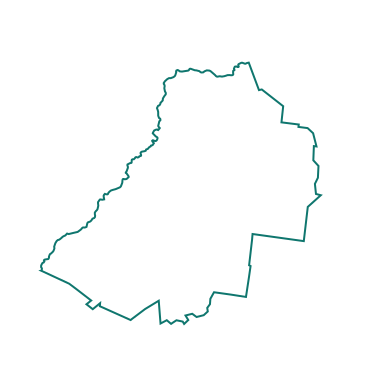 the district of Grafton, New Hampshire, United States of America, rotated 16°
{"feature_id": "52423323B26223057606715", "entity_name": "Grafton", "entity_type": "district", "adm_level": 2, "iso_a3": "USA", "parent_name": "United States of America", "parent_adm1": "New Hampshire", "projection": "natural_earth1", "projection_center": [-72.019, 43.968], "detail": "fine", "context": "isolated", "style": "outline", "palette": "teal", "viewbox_px": 384, "rotation_deg": 16, "n_neighbors": 0, "source": "geoboundaries", "source_scale": "gbopen_adm2", "svg_char_len": 4062}
<svg xmlns="http://www.w3.org/2000/svg" viewBox="0 0 384 384"><g transform="rotate(16 192 192)"><path d="M210.9,52.0L210.3,52.3L209.1,53.0L208.5,53.6L207.7,54.1L204.6,53.9L203.8,54.2L201.7,56.1L201.4,56.6L201.4,57.1L202.3,58.5L202.2,59.0L201.4,59.3L200.0,59.1L199.0,59.5L198.6,59.8L198.3,61.8L198.4,62.1L199.1,62.8L199.2,63.1L199.0,63.4L198.4,63.9L198.2,64.3L198.5,65.6L199.1,67.2L199.2,67.6L199.0,68.2L198.7,68.5L197.5,69.0L195.7,69.3L193.9,69.9L192.8,70.7L191.1,71.8L189.0,72.8L186.7,73.1L184.7,74.1L184.0,74.2L183.2,74.0L181.7,73.1L176.5,70.7L175.3,70.5L172.7,71.0L170.8,72.5L169.8,73.9L168.2,74.5L167.3,74.5L165.7,73.8L162.5,73.9L161.2,74.2L156.7,73.9L155.8,74.3L155.3,75.9L154.8,76.4L151.3,78.0L149.4,78.9L148.2,79.2L147.1,79.4L145.4,78.8L144.6,78.7L143.6,79.4L143.4,80.3L143.8,80.9L143.8,83.8L143.7,84.7L143.5,85.3L142.6,86.6L142.1,87.0L140.2,88.4L138.5,88.9L137.1,90.3L135.4,93.1L134.8,95.1L135.2,96.0L135.6,96.1L136.5,97.6L136.8,99.9L138.3,102.8L139.3,103.7L139.7,104.6L139.8,105.5L139.1,107.1L138.4,109.5L138.3,110.5L138.6,111.8L138.6,112.1L138.5,112.4L137.1,115.1L137.3,115.8L137.0,117.1L136.8,117.6L135.9,118.3L135.6,118.7L135.2,121.0L136.4,122.6L137.4,124.3L138.5,128.0L139.9,129.9L141.2,130.3L141.7,131.2L141.8,131.5L141.8,131.9L141.1,133.0L141.1,133.3L141.3,137.8L142.4,138.9L143.3,139.3L143.4,139.6L142.4,141.8L142.1,141.8L141.6,141.5L141.3,141.5L140.2,142.0L138.7,143.3L138.1,145.8L138.1,146.4L141.9,148.6L142.6,148.7L143.6,149.1L144.0,149.6L144.1,150.3L143.9,151.8L143.6,152.4L143.3,152.8L142.8,153.1L141.8,153.2L140.2,153.0L139.9,153.2L139.6,153.8L140.0,154.3L141.9,155.6L141.2,157.8L139.7,158.8L139.7,159.5L138.4,160.9L137.7,162.6L137.5,162.9L137.1,163.1L136.2,163.8L136.1,165.1L135.2,165.8L133.0,166.9L132.4,167.3L132.0,167.9L131.8,168.3L131.9,169.0L132.9,170.5L133.0,171.1L132.8,171.5L131.9,172.0L131.7,172.1L131.4,172.5L131.3,173.0L130.4,173.8L129.1,173.8L128.7,173.8L128.2,174.2L127.9,174.6L127.8,175.3L127.0,176.6L126.1,176.8L125.3,177.5L125.4,178.6L125.8,180.2L125.7,180.7L124.4,181.4L122.4,183.3L122.5,184.1L123.4,185.4L123.7,186.4L123.5,189.3L123.4,190.3L123.0,191.3L123.0,191.7L123.1,191.9L123.9,192.1L126.4,194.1L126.9,194.7L127.0,195.1L125.6,197.4L125.2,197.7L123.9,198.3L122.8,198.3L122.2,198.5L121.9,199.0L121.9,199.7L122.4,202.2L122.4,202.7L122.1,206.0L121.8,206.8L121.4,207.4L117.8,210.3L115.3,211.8L113.7,212.9L112.6,214.4L111.9,215.8L111.7,217.2L111.3,217.6L109.7,217.9L108.8,217.8L108.6,218.2L108.3,218.7L108.1,220.0L108.5,221.1L109.0,222.0L109.3,222.6L109.6,223.3L107.8,224.2L106.6,224.3L105.7,224.5L105.3,225.2L104.5,227.5L104.6,228.3L105.7,231.0L105.9,234.5L105.6,235.6L104.9,236.8L104.4,238.1L104.3,238.7L104.8,240.3L105.4,241.4L105.6,242.8L105.2,243.9L103.7,245.1L103.1,247.1L102.5,248.1L102.1,248.6L100.4,249.8L100.1,250.4L100.0,251.1L100.2,254.6L99.5,255.2L98.7,255.7L97.2,256.1L96.8,256.3L96.3,257.0L95.8,258.2L95.4,258.9L93.1,261.9L90.0,263.6L85.1,266.4L83.4,266.4L82.2,268.7L81.2,269.5L79.9,270.8L79.4,271.8L78.1,273.7L77.4,274.5L76.2,275.2L75.4,276.5L74.8,278.7L74.7,279.7L74.6,282.7L75.0,283.4L75.3,284.3L75.2,285.6L75.0,287.1L74.6,288.0L73.3,290.2L72.8,290.6L72.5,291.3L72.3,293.5L72.6,294.4L72.5,295.6L72.2,296.1L70.4,296.9L69.2,297.5L68.7,297.9L68.6,298.2L68.6,298.8L69.2,299.3L69.2,299.5L68.8,300.7L67.9,301.3L67.4,303.1L67.3,304.6L67.8,306.0L68.6,306.6L68.9,307.1L68.9,307.3L69.1,308.4L68.9,309.0L68.6,309.2L99.2,314.0L108.6,317.6L125.0,324.1L121.5,329.0L128.9,332.0L134.3,324.2L134.9,327.2L168.3,332.0L169.4,330.4L179.2,317.4L190.0,305.7L198.0,327.1L203.1,322.2L208.2,324.5L212.4,319.6L218.8,319.1L220.8,321.0L223.7,316.1L219.8,312.5L225.8,309.0L230.8,310.9L237.2,307.2L240.1,302.5L238.6,299.2L240.2,294.9L239.1,289.6L240.8,282.3L257.7,279.9L272.8,278.0L270.2,257.9L268.7,247.0L267.1,246.7L262.9,221.4L261.8,215.7L313.0,208.4L308.5,181.1L307.4,174.4L316.7,159.6L311.7,159.7L307.9,150.3L309.1,143.6L306.4,132.1L299.9,128.1L296.5,114.3L299.1,113.9L292.2,102.1L285.5,98.7L276.4,100.1L276.0,97.7L258.8,100.4L256.0,84.4L230.8,74.2L228.3,75.6L210.9,52.0Z" fill="none" stroke="#0f766e" stroke-width="2"/></g></svg>